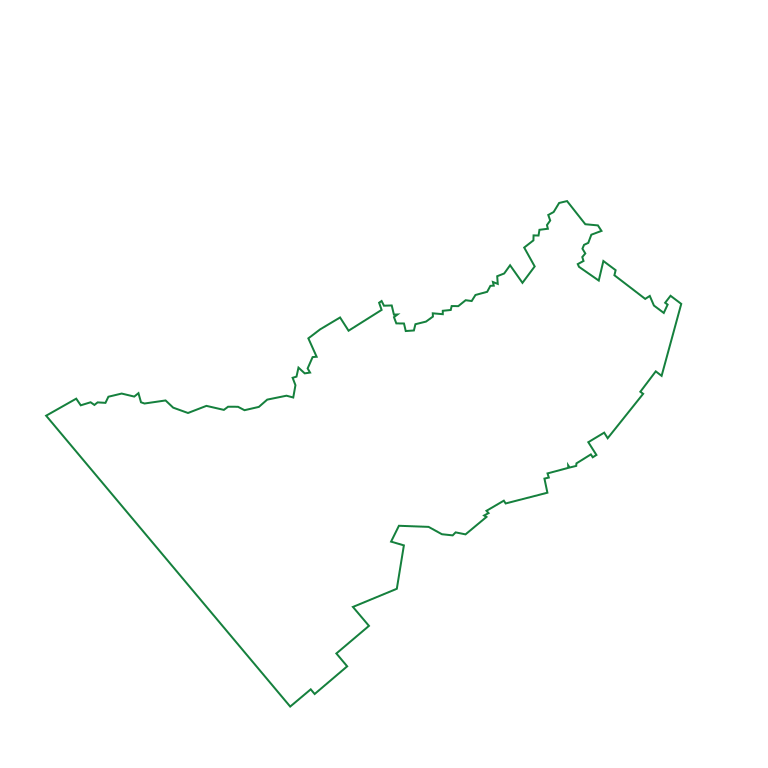 Brewarrina, New South Wales, Australia (Natural Earth projection), rotated 230°
{"feature_id": "25037944B28138275471855", "entity_name": "Brewarrina", "entity_type": "district", "adm_level": 2, "iso_a3": "AUS", "parent_name": "Australia", "parent_adm1": "New South Wales", "projection": "natural_earth1", "projection_center": [147.252, -29.95], "detail": "medium", "context": "isolated", "style": "outline", "palette": "green", "viewbox_px": 768, "rotation_deg": 230, "n_neighbors": 0, "source": "geoboundaries", "source_scale": "gbopen_adm2", "svg_char_len": 1966}
<svg xmlns="http://www.w3.org/2000/svg" viewBox="0 0 768 768"><g transform="rotate(230 384 384)"><path d="M377.0,640.9L406.5,641.8L410.1,634.5L406.7,624.5L407.9,618.5L402.4,616.4L401.0,611.0L397.6,609.3L402.2,602.2L398.4,597.8L401.7,594.1L398.0,590.8L398.4,579.1L377.2,575.0L372.5,555.1L393.9,556.9L391.4,547.1L393.8,540.0L387.6,535.5L392.1,533.0L388.8,531.3L390.8,528.6L388.3,522.3L393.4,511.3L391.2,504.5L395.7,500.4L395.9,491.0L400.2,485.9L397.8,482.7L402.3,476.1L399.7,473.9L406.8,466.8L404.2,464.8L404.8,456.3L409.6,446.5L405.8,441.3L410.6,434.7L417.5,438.2L422.5,432.4L428.8,434.6L428.6,439.0L430.8,436.2L439.2,440.4L444.0,434.3L449.1,435.5L449.4,432.5L442.3,429.8L447.6,391.1L463.2,393.1L466.9,370.3L467.6,355.4L448.2,349.9L450.5,346.6L445.0,335.5L440.3,334.7L443.1,330.1L451.5,329.0L445.9,321.7L447.5,318.0L440.0,315.4L432.0,305.8L437.7,301.8L447.1,284.5L446.9,273.4L453.6,260.3L460.4,257.5L466.8,250.0L467.1,244.7L481.4,233.9L487.8,215.2L501.4,207.3L511.8,206.1L523.0,188.0L526.2,186.1L534.8,190.0L534.9,184.6L545.3,176.9L551.4,164.7L548.6,158.5L554.0,152.8L554.1,148.7L558.6,147.5L562.6,138.0L570.6,138.8L576.9,104.8L197.2,104.8L197.2,131.6L191.1,131.6L191.4,174.3L208.2,174.3L208.4,217.0L233.2,216.9L218.9,262.2L247.6,295.5L258.7,288.1L265.8,304.3L245.9,326.3L231.7,331.8L223.9,339.3L224.3,343.5L216.4,349.8L216.3,377.0L218.9,376.2L217.9,381.1L221.0,381.0L217.6,400.8L214.3,400.4L195.7,439.3L208.4,446.1L206.4,450.1L210.4,451.8L201.3,471.3L203.3,472.8L200.7,472.5L197.7,478.6L199.5,480.4L197.1,497.2L193.7,496.8L193.1,501.1L208.1,503.1L205.2,521.4L198.7,520.5L209.9,576.2L213.3,575.4L219.0,600.3L211.8,601.9L254.3,663.2L267.4,660.2L265.5,651.6L262.5,652.3L258.6,644.0L270.6,641.2L280.6,644.2L281.3,638.8L319.2,630.4L322.3,634.6L337.2,631.1L325.2,615.0L348.4,608.7L351.3,609.5L350.0,615.9L353.8,617.5L354.6,622.1L360.1,623.0L362.0,626.7L360.8,631.2L365.1,638.8L361.5,649.0L368.0,649.8L377.0,640.9Z" fill="none" stroke="#15803d" stroke-width="2"/></g></svg>